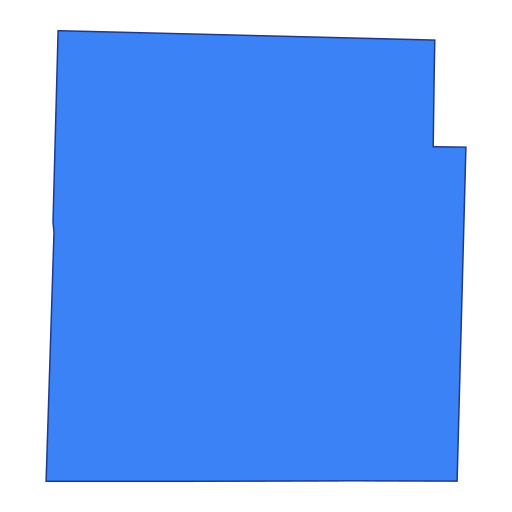 Barry, Missouri, United States of America
{"feature_id": "52423323B82075539049913", "entity_name": "Barry", "entity_type": "district", "adm_level": 2, "iso_a3": "USA", "parent_name": "United States of America", "parent_adm1": "Missouri", "projection": "mercator", "projection_center": [-93.839, 36.715], "detail": "fine", "context": "isolated", "style": "filled", "palette": "blue", "viewbox_px": 512, "rotation_deg": 0, "n_neighbors": 0, "source": "geoboundaries", "source_scale": "gbopen_adm2", "svg_char_len": 397}
<svg xmlns="http://www.w3.org/2000/svg" viewBox="0 0 512 512"><path d="M58.1,30.7L53.0,222.4L54.0,232.3L46.1,481.3L49.2,481.3L140.5,481.3L144.5,481.3L175.6,481.3L188.7,481.3L221.5,481.2L337.3,480.9L337.6,480.9L344.9,480.8L352.3,480.8L360.5,480.8L377.9,480.9L457.1,481.1L465.9,147.2L433.2,146.7L434.1,78.4L434.8,40.1L103.2,31.8L58.1,30.7Z" fill="#3b82f6" stroke="#1e3a8a" stroke-width="1.5"/></svg>